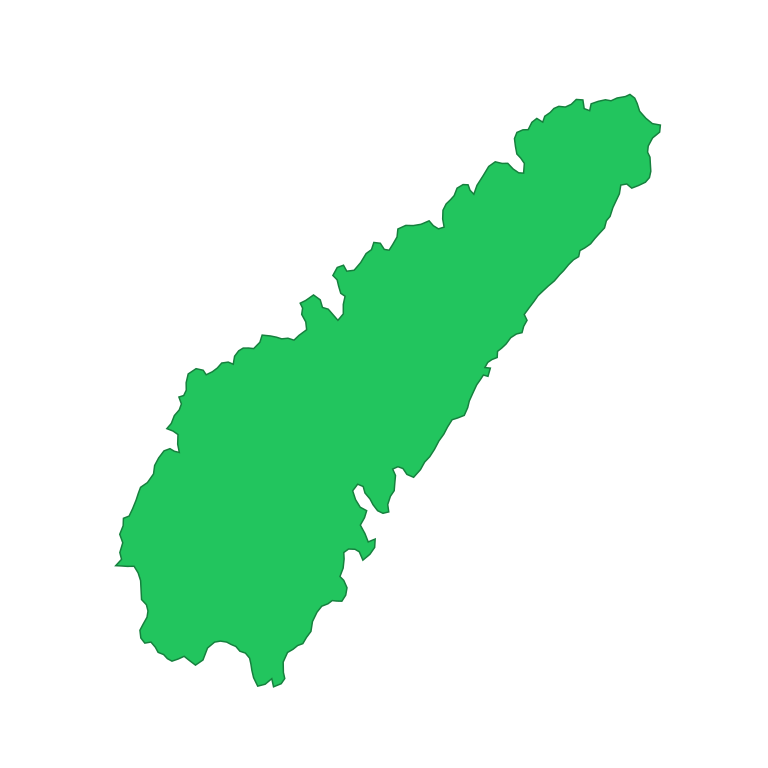 São Sebastião do Alto, Rio de Janeiro, Brazil (Equal Earth projection), rotated 6°
{"feature_id": "56859067B52914728547014", "entity_name": "São Sebastião do Alto", "entity_type": "district", "adm_level": 2, "iso_a3": "BRA", "parent_name": "Brazil", "parent_adm1": "Rio de Janeiro", "projection": "equal_earth", "projection_center": [-42.093, -21.876], "detail": "fine", "context": "isolated", "style": "filled", "palette": "green", "viewbox_px": 768, "rotation_deg": 6, "n_neighbors": 0, "source": "geoboundaries", "source_scale": "gbopen_adm2", "svg_char_len": 3879}
<svg xmlns="http://www.w3.org/2000/svg" viewBox="0 0 768 768"><g transform="rotate(6 384 384)"><path d="M136.2,592.7L142.1,592.4L147.8,592.2L154.5,591.4L159.2,597.5L162.5,605.0L165.4,623.7L170.8,628.4L173.0,634.4L172.7,640.7L169.4,648.4L167.0,654.4L168.7,662.0L173.2,666.7L179.2,665.0L184.1,669.7L187.4,674.5L193.1,676.1L197.3,679.8L202.1,681.8L208.1,679.0L213.7,675.7L219.5,679.4L225.9,683.3L232.8,677.4L236.1,665.0L242.5,658.4L248.2,656.8L254.5,657.1L259.2,659.0L264.1,660.5L268.6,664.8L274.3,666.1L279.0,670.7L280.9,676.4L282.6,682.8L285.0,689.7L290.0,697.7L297.2,695.0L303.2,688.8L305.8,696.7L313.1,692.8L316.1,687.3L314.1,681.4L312.8,671.1L316.1,661.1L321.2,657.4L325.5,653.1L330.4,650.7L333.4,644.1L337.2,637.7L337.7,627.7L341.2,618.0L345.3,611.5L351.3,608.4L355.1,604.8L359.7,604.8L364.8,604.4L368.0,598.0L368.5,590.5L364.5,583.5L360.3,580.1L362.6,571.4L362.6,562.2L361.6,555.8L366.0,551.8L372.4,551.4L377.0,553.5L381.4,561.4L387.8,554.8L391.8,547.5L391.4,539.1L384.8,542.7L380.7,534.8L375.2,526.8L378.6,519.0L380.0,511.8L373.2,509.0L367.8,502.0L364.0,493.5L368.3,486.4L374.0,488.1L376.5,494.4L382.1,499.8L385.7,505.2L390.9,510.7L396.5,512.7L402.1,510.7L400.3,503.5L402.1,495.0L405.3,489.0L405.1,481.5L405.0,473.8L401.5,467.7L406.5,464.8L411.7,466.1L416.2,471.5L423.2,473.7L429.2,465.4L432.6,457.4L437.1,451.5L441.0,443.8L444.6,434.8L448.7,427.7L451.7,420.1L455.5,412.4L460.8,410.1L467.1,406.8L469.7,398.8L470.6,392.0L473.3,383.8L476.3,375.1L479.1,370.1L481.9,364.7L486.6,365.5L488.1,357.1L482.6,357.1L484.9,351.7L488.8,348.4L493.8,345.8L493.5,339.7L497.3,336.0L501.2,331.5L505.2,324.7L510.5,320.4L515.9,318.5L516.9,312.0L519.6,305.7L516.2,300.2L520.4,293.0L524.6,286.1L527.9,280.1L532.5,274.7L537.1,269.4L542.7,263.6L547.2,257.0L550.8,252.5L555.1,246.0L559.5,240.6L564.3,237.0L564.9,230.8L569.4,227.7L574.8,223.0L578.4,217.4L582.5,211.7L587.0,205.7L588.1,198.4L591.3,193.7L593.2,184.6L595.7,177.4L598.2,170.3L598.7,161.4L604.5,159.7L609.9,163.3L616.2,160.1L622.9,156.0L626.4,151.0L627.1,144.6L625.8,136.7L624.8,130.6L621.9,125.9L621.9,119.7L625.4,111.2L631.8,104.7L631.8,97.6L623.7,97.0L616.7,92.4L609.7,86.0L606.5,78.6L603.5,73.5L598.3,70.3L594.0,72.9L585.9,75.2L580.2,78.6L574.5,78.2L567.5,80.5L560.7,83.7L560.0,90.7L554.3,89.2L552.1,80.7L545.5,80.9L541.0,86.3L535.4,89.6L528.8,89.6L524.2,92.2L520.9,96.6L515.9,100.9L514.5,107.0L508.2,103.9L503.7,108.3L500.8,116.0L495.6,116.7L489.9,119.9L488.1,126.3L489.9,134.0L492.1,141.4L496.3,145.0L500.5,149.9L500.8,159.7L495.9,159.9L490.0,156.7L484.0,151.6L478.4,152.3L471.4,151.4L465.4,156.7L461.0,166.1L455.7,176.7L453.5,185.9L449.3,182.3L446.8,177.1L441.8,177.4L436.2,181.6L434.1,189.3L430.7,194.0L427.0,198.4L424.5,205.0L425.1,213.7L427.4,221.7L421.9,224.0L416.5,221.4L411.8,217.0L404.1,221.3L396.5,223.4L389.1,224.0L381.6,228.4L381.6,236.4L378.1,244.3L375.1,250.4L370.2,250.1L365.6,244.4L359.1,244.3L357.5,251.7L352.6,256.1L348.1,265.7L342.4,274.0L335.2,275.7L331.3,270.1L325.3,273.0L321.8,281.4L326.5,285.3L328.6,291.3L331.5,298.3L336.1,300.8L335.2,309.1L336.2,318.5L331.5,325.5L326.5,320.8L320.7,315.4L314.8,314.3L311.8,307.0L304.6,302.8L297.4,309.1L292.2,312.4L295.1,317.0L294.9,323.4L299.7,330.4L301.4,338.1L294.4,344.5L289.9,349.8L283.7,348.5L277.5,349.8L272.3,348.7L266.1,348.1L257.7,348.1L256.2,355.5L250.7,362.4L245.5,362.4L240.2,363.0L236.0,366.2L232.5,372.0L232.0,380.1L226.8,378.5L220.4,380.1L216.6,385.5L212.1,389.7L206.2,393.4L202.7,389.2L195.5,388.4L188.2,394.5L187.1,403.4L188.0,410.8L186.0,416.4L181.4,418.4L184.6,425.0L183.1,431.1L178.8,437.3L176.6,445.4L172.7,451.1L179.0,452.8L184.4,455.8L185.1,465.4L187.6,473.5L182.5,472.8L177.9,470.7L172.2,473.5L167.6,481.1L164.4,489.0L164.2,497.5L159.0,506.8L152.7,512.2L151.1,518.4L149.6,525.4L147.0,534.4L144.3,542.0L138.9,544.8L139.4,552.2L136.9,561.1L140.8,569.2L138.9,579.2L141.3,585.8L136.2,592.7Z" fill="#22c55e" stroke="#15803d" stroke-width="1.5"/></g></svg>